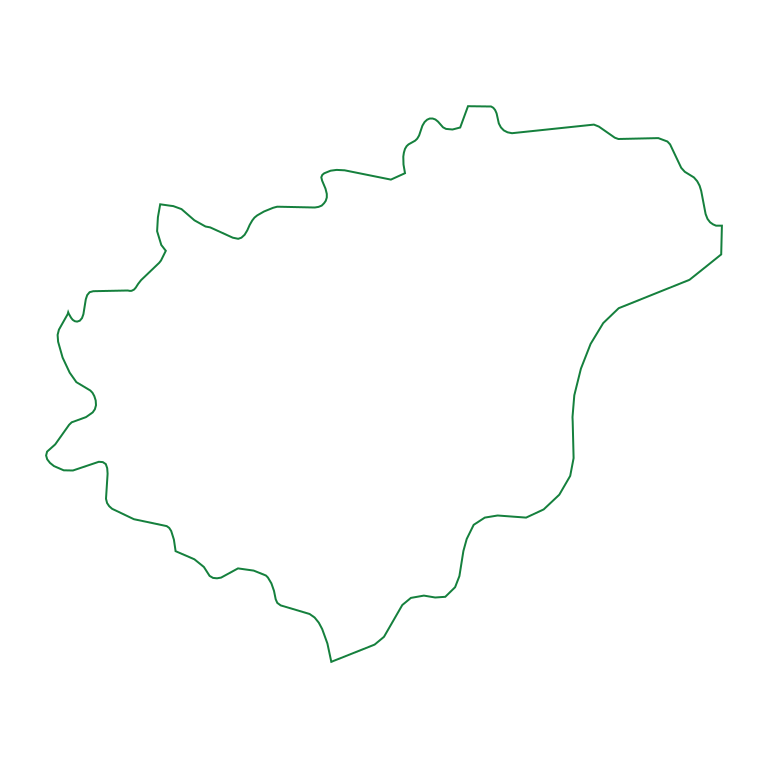 the Region of Zlínský
{"feature_id": "CZE-10371", "entity_name": "Zlínský", "entity_type": "Region", "adm_level": 1, "iso_a3": "CZE", "parent_name": "Czechia", "parent_adm1": "", "projection": "albers", "projection_center": [17.624, 49.185], "detail": "fine", "context": "isolated", "style": "outline", "palette": "green", "viewbox_px": 768, "rotation_deg": 0, "n_neighbors": 0, "source": "natural_earth", "source_scale": "10m", "svg_char_len": 2512}
<svg xmlns="http://www.w3.org/2000/svg" viewBox="0 0 768 768"><path d="M708.9,264.3L689.5,279.8L618.7,308.2L603.2,323.1L590.6,343.9L580.9,368.7L574.3,395.3L572.5,417.1L572.7,421.9L573.6,458.1L570.2,475.9L559.3,494.7L543.7,509.4L526.1,517.6L497.6,515.5L484.8,517.6L473.7,524.8L466.7,539.0L463.4,551.0L459.4,576.1L455.1,587.2L445.3,596.8L435.2,597.5L423.9,595.6L410.9,597.9L402.3,605.0L384.0,636.8L374.6,644.6L331.3,661.8L327.4,643.5L322.2,629.1L318.8,622.7L314.6,617.5L309.6,614.0L280.7,605.4L277.3,602.9L275.7,599.3L274.0,590.9L271.4,583.4L267.9,577.5L265.9,575.5L253.7,570.6L238.0,568.4L221.1,577.6L217.0,578.3L213.0,577.9L209.6,575.9L203.9,567.0L194.4,559.3L175.6,551.2L173.9,539.6L171.2,531.0L169.2,527.9L166.7,526.1L133.9,519.2L112.1,508.8L109.2,506.2L107.1,503.1L106.0,498.8L107.6,473.7L107.2,468.2L105.8,464.1L102.8,462.1L98.8,461.8L72.9,470.5L63.7,470.3L54.0,466.1L50.0,462.9L47.2,459.3L46.1,455.5L47.1,451.6L55.2,444.4L69.1,424.8L71.7,422.3L86.0,417.1L92.7,412.4L94.9,409.2L96.0,405.2L95.7,400.5L94.3,396.1L92.5,392.8L90.3,390.5L76.4,382.2L69.7,372.7L62.6,357.6L58.1,341.7L57.6,334.9L58.9,329.7L67.7,314.1L68.2,312.3L68.7,313.6L71.1,317.8L72.7,319.8L74.8,321.2L77.1,321.6L79.8,320.7L82.0,318.1L83.4,314.2L85.8,299.3L87.2,295.1L89.6,292.2L93.3,291.2L127.7,290.5L129.9,290.9L131.6,290.8L134.0,289.6L135.7,287.7L138.2,283.8L141.1,280.1L159.2,262.8L161.0,260.5L165.8,250.8L161.3,245.0L157.1,231.2L157.9,217.3L160.2,204.3L170.1,205.7L173.3,206.1L181.5,209.1L194.4,220.3L205.5,226.5L210.2,227.4L232.8,237.7L238.2,238.8L241.4,237.7L244.6,234.8L247.3,230.3L249.7,224.9L252.3,220.4L254.5,217.6L257.2,215.4L264.0,211.5L273.1,207.8L277.2,206.7L314.8,207.5L318.5,206.9L321.7,205.6L324.0,203.3L325.7,200.9L326.8,197.5L326.8,193.9L325.5,188.7L322.1,180.6L321.3,177.3L322.3,174.9L324.2,173.3L330.6,170.7L336.6,169.9L344.6,170.3L390.9,179.6L405.0,173.2L403.5,164.5L403.3,156.6L403.9,152.6L405.0,148.9L406.6,146.2L408.5,144.4L415.1,140.7L417.2,138.7L419.1,135.5L422.4,125.7L424.6,122.0L427.1,119.7L429.8,118.5L432.6,118.5L435.4,119.5L438.0,121.6L443.0,127.3L446.0,128.9L452.5,129.5L460.2,127.5L468.0,106.2L491.1,106.5L493.3,107.8L495.1,110.0L496.6,113.4L498.8,123.4L500.9,127.4L503.8,130.4L507.5,132.3L512.0,133.2L593.9,124.6L598.9,126.6L614.8,137.7L618.4,139.0L658.3,138.1L667.4,141.5L670.1,144.4L681.2,167.8L684.8,171.8L693.9,177.4L697.2,181.2L699.6,185.7L701.2,190.9L705.6,214.0L707.5,218.9L710.1,222.3L713.1,224.4L716.1,225.7L721.9,225.7L721.2,254.4L708.9,264.3Z" fill="none" stroke="#15803d" stroke-width="2"/></svg>